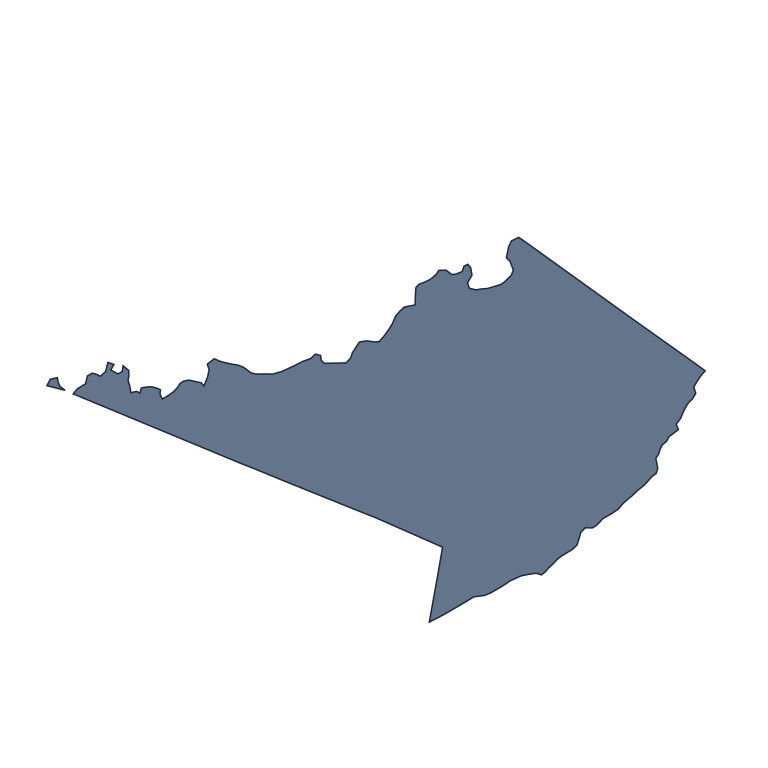 outline of Lago Verde, Maranhão, Brazil, rotated 216°
{"feature_id": "56859067B93982504925722", "entity_name": "Lago Verde", "entity_type": "district", "adm_level": 2, "iso_a3": "BRA", "parent_name": "Brazil", "parent_adm1": "Maranhão", "projection": "robinson", "projection_center": [-44.838, -3.983], "detail": "fine", "context": "isolated", "style": "filled", "palette": "slate", "viewbox_px": 768, "rotation_deg": 216, "n_neighbors": 0, "source": "geoboundaries", "source_scale": "gbopen_adm2", "svg_char_len": 2392}
<svg xmlns="http://www.w3.org/2000/svg" viewBox="0 0 768 768"><g transform="rotate(216 384 384)"><path d="M629.6,193.3L452.2,235.8L445.5,237.6L425.4,242.6L420.7,243.7L407.1,247.0L336.7,264.6L311.6,271.0L240.7,286.4L228.8,262.2L207.4,218.0L200.5,231.7L191.9,251.1L186.2,264.6L181.9,268.7L178.4,272.0L174.9,277.7L169.5,289.8L166.3,298.8L163.0,304.6L160.2,309.5L155.6,314.5L149.6,320.4L144.4,322.1L143.1,326.8L142.7,331.9L141.4,338.5L140.7,344.4L139.3,349.2L136.5,355.8L134.2,361.3L133.2,367.2L135.5,374.1L137.6,379.6L136.6,386.0L130.9,390.0L129.2,393.9L128.4,398.6L127.8,403.6L125.8,408.1L123.3,413.8L121.0,420.2L120.4,427.8L119.0,434.2L117.5,439.9L116.2,446.8L113.9,455.8L112.7,467.3L111.2,471.5L112.9,476.6L117.3,480.8L120.5,483.7L120.6,488.7L122.3,493.6L123.1,498.1L121.7,503.8L122.5,508.9L120.6,515.0L119.1,520.2L124.0,523.3L123.8,530.7L125.3,536.5L126.3,542.8L126.7,548.0L125.7,553.0L126.3,559.7L131.6,563.7L132.1,568.6L132.5,575.8L132.0,583.4L142.7,583.5L220.7,582.7L304.6,582.3L355.2,582.0L361.2,581.8L365.0,574.7L363.8,568.2L361.5,563.2L359.2,558.0L354.1,557.3L346.2,552.0L344.9,546.6L346.6,537.1L348.1,533.0L356.6,521.9L360.4,518.8L365.0,514.2L371.3,511.6L375.9,515.0L376.8,523.8L382.4,529.2L386.6,530.1L388.5,526.4L386.8,521.0L390.4,515.2L393.5,512.4L400.7,512.6L406.5,508.1L406.1,503.6L408.0,496.0L411.1,490.1L414.3,485.3L414.9,480.8L411.9,476.0L408.6,471.0L405.3,466.3L412.8,458.2L414.0,452.2L414.5,445.6L412.7,437.6L412.2,432.5L412.2,422.1L412.8,415.5L416.2,412.6L423.7,408.5L428.6,403.5L427.9,390.5L426.2,385.3L427.1,378.8L430.5,376.2L444.5,365.6L448.7,366.3L452.0,369.8L457.0,368.0L458.3,361.5L463.1,354.4L467.3,346.1L473.8,334.4L479.9,326.6L485.9,322.4L493.7,316.6L498.3,314.8L507.7,315.0L512.8,313.6L520.1,310.0L524.1,308.3L529.4,306.2L536.2,304.6L538.6,296.2L533.9,292.8L530.8,285.8L528.5,276.7L532.9,277.5L538.6,274.9L544.1,272.5L547.7,268.7L549.3,264.6L549.0,259.9L549.7,254.1L551.4,248.7L554.5,241.6L559.3,244.2L561.4,247.9L565.8,247.0L569.4,245.6L572.7,243.5L578.0,238.3L576.1,233.3L579.8,232.6L583.6,228.2L588.5,233.0L593.1,236.4L595.4,240.9L598.5,244.9L605.8,245.4L603.1,240.2L605.1,235.8L613.2,234.7L614.0,241.1L620.1,239.2L616.5,230.4L618.0,223.5L622.6,222.8L626.6,221.1L628.7,216.1L625.6,208.8L629.3,199.8L629.6,193.3ZM652.0,197.1L656.8,191.7L655.7,184.5L638.3,191.4L644.9,191.7L648.6,193.9L652.0,197.1Z" fill="#64748b" stroke="#1e293b" stroke-width="1.5"/></g></svg>